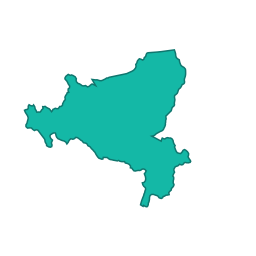 the district of Santa Luzia, Bahia, Brazil, rotated 325°
{"feature_id": "56859067B43041247396885", "entity_name": "Santa Luzia", "entity_type": "district", "adm_level": 2, "iso_a3": "BRA", "parent_name": "Brazil", "parent_adm1": "Bahia", "projection": "equal_earth", "projection_center": [-39.272, -15.469], "detail": "fine", "context": "isolated", "style": "filled", "palette": "teal", "viewbox_px": 256, "rotation_deg": 325, "n_neighbors": 0, "source": "geoboundaries", "source_scale": "gbopen_adm2", "svg_char_len": 4648}
<svg xmlns="http://www.w3.org/2000/svg" viewBox="0 0 256 256"><g transform="rotate(325 128 128)"><path d="M46.2,66.9L45.2,68.4L45.6,70.4L47.7,71.6L48.9,72.6L49.2,74.5L49.9,76.4L51.7,76.7L52.9,78.1L53.0,80.4L53.2,86.5L53.3,88.5L53.2,89.9L52.5,91.1L52.0,92.6L52.0,94.4L51.2,95.8L52.2,98.0L53.4,99.2L54.8,99.5L56.0,98.4L56.4,97.0L57.2,95.8L58.2,95.3L59.2,94.6L58.7,92.2L59.4,89.7L60.8,89.0L62.0,89.2L63.0,89.1L64.7,89.6L65.6,90.5L65.2,91.8L64.6,93.2L64.3,94.6L64.5,96.6L65.4,98.0L66.0,99.1L66.9,100.5L68.2,102.0L69.0,103.9L68.8,106.0L70.8,105.4L72.4,104.5L73.8,104.1L75.0,104.0L76.4,105.6L78.1,106.0L79.8,105.7L80.9,106.7L81.5,108.0L82.1,109.8L82.4,111.1L83.0,112.2L83.1,114.5L84.8,116.3L85.3,117.8L85.0,119.5L86.2,121.7L86.2,124.0L86.6,125.4L86.7,126.9L87.0,129.1L86.7,131.0L86.6,132.6L86.6,134.5L86.9,136.2L87.7,137.2L88.5,138.4L89.6,139.0L90.9,137.9L92.5,139.1L94.1,140.3L94.5,142.1L95.3,143.6L96.4,144.6L97.7,146.1L99.3,147.7L100.5,148.9L101.8,149.2L102.3,150.6L103.4,151.8L104.7,152.8L105.9,153.5L105.7,155.1L107.3,156.9L108.1,158.4L108.3,160.5L107.1,162.0L108.1,163.0L108.1,164.6L108.3,166.5L109.4,167.5L110.8,168.0L112.2,168.7L113.3,169.6L114.4,169.9L115.7,169.8L116.9,170.2L118.0,171.5L118.3,173.5L116.8,174.4L115.1,174.9L114.4,177.8L113.3,179.9L111.9,181.2L110.1,181.8L108.3,181.1L107.6,182.9L107.5,184.9L108.0,186.9L107.3,188.3L105.7,189.4L104.6,190.5L103.2,191.3L102.0,192.4L100.1,193.6L98.8,194.5L97.5,195.4L96.6,196.1L95.4,197.1L94.2,198.1L95.4,200.9L96.5,200.4L97.1,202.1L98.3,203.4L99.5,203.2L100.7,202.3L101.8,201.0L102.7,200.6L103.9,199.5L104.7,198.7L105.8,197.2L107.3,196.0L109.1,195.9L110.7,196.9L111.9,198.6L113.4,200.6L113.5,203.1L114.8,204.8L116.3,205.0L117.5,204.3L118.9,204.8L120.5,204.8L121.7,205.5L123.5,206.2L124.3,204.3L125.7,203.9L127.9,203.6L128.9,202.4L130.3,202.3L131.4,201.9L132.4,201.5L133.3,200.6L133.5,198.9L134.9,197.1L136.2,196.0L137.2,194.5L137.1,193.0L138.2,192.3L139.2,191.6L140.8,190.9L141.3,188.9L142.2,187.9L143.3,187.4L144.3,186.9L145.6,187.1L147.1,187.6L148.1,187.5L149.5,187.3L150.5,188.8L151.8,189.4L153.2,189.1L154.4,188.7L155.4,189.3L156.2,190.2L157.4,191.1L159.2,191.8L160.3,191.2L160.5,189.7L160.4,188.1L160.7,185.9L162.1,184.9L163.0,183.7L163.1,181.4L162.5,179.1L161.8,178.0L160.2,177.9L158.9,178.6L157.9,178.8L156.4,179.1L155.2,177.9L154.1,176.4L154.2,174.1L154.7,172.2L155.2,170.2L156.5,169.5L156.6,167.2L157.0,165.7L157.8,163.9L157.8,161.9L157.1,160.6L156.0,159.9L154.9,158.6L153.6,158.1L151.9,158.1L151.1,157.3L150.3,155.9L148.9,156.7L147.6,157.8L142.8,148.3L144.2,148.9L145.7,149.2L147.7,148.9L149.4,149.0L150.6,149.2L152.2,149.3L153.8,149.7L154.9,149.8L156.2,149.5L157.7,148.6L158.9,148.0L160.5,146.8L161.2,145.7L162.1,144.9L163.2,143.4L164.5,142.4L165.1,141.1L165.9,139.9L167.6,139.7L169.0,139.4L170.3,139.2L171.8,138.9L173.3,138.7L174.7,137.5L175.9,136.6L177.0,136.4L178.0,136.4L179.3,135.8L180.2,134.2L181.5,132.9L182.6,131.8L183.8,129.3L184.9,128.1L186.3,128.1L188.2,127.8L189.4,127.1L190.5,126.2L191.7,125.4L192.9,125.2L193.9,125.2L195.5,124.5L197.3,123.5L198.8,123.8L200.0,123.5L200.8,122.7L201.4,121.4L202.3,120.2L203.4,119.4L204.7,118.4L205.7,117.4L206.7,116.1L208.1,114.0L208.8,112.7L208.6,110.6L207.6,108.3L207.3,107.0L207.7,105.2L208.1,103.7L209.1,101.5L208.2,99.5L208.0,97.9L208.5,96.3L209.6,94.4L210.1,93.0L210.8,90.6L199.0,84.5L195.6,82.6L187.5,77.8L186.1,77.6L184.7,78.5L183.4,79.6L181.8,79.6L180.5,80.7L179.0,80.8L178.1,79.1L177.0,77.8L175.4,78.1L173.9,78.6L172.7,79.7L171.6,80.1L170.7,80.5L170.1,82.0L168.7,83.1L167.5,83.5L166.5,83.8L165.3,83.9L163.9,83.8L158.1,82.7L141.5,75.6L140.4,75.6L139.2,74.8L137.5,74.8L136.4,74.6L134.5,74.3L133.2,73.9L132.0,73.0L131.1,71.8L130.3,70.8L128.9,69.9L127.5,68.6L126.4,67.6L125.8,74.7L124.8,72.8L123.8,71.3L122.0,71.3L120.2,71.6L118.4,71.1L117.6,68.9L116.0,68.2L114.7,67.1L114.2,65.4L113.5,63.9L112.6,62.7L112.3,60.7L112.9,59.0L113.9,58.1L114.1,55.8L113.0,53.3L112.1,52.1L110.8,51.7L109.8,49.8L106.8,50.0L105.3,50.7L104.5,51.6L104.6,53.0L104.8,54.6L104.6,56.3L104.3,57.6L104.3,60.2L103.0,61.6L101.4,61.7L100.2,63.3L99.9,64.8L98.5,64.2L97.2,65.1L95.6,65.6L94.0,66.6L93.1,68.5L92.1,69.0L91.0,69.2L90.0,69.8L88.4,70.6L87.3,71.8L85.7,72.0L84.4,71.2L83.5,71.6L82.0,72.1L80.8,71.4L79.7,70.1L78.4,70.0L77.2,69.7L76.2,70.4L74.7,70.8L74.7,69.0L74.5,67.1L73.7,65.7L73.1,64.5L72.5,62.7L71.3,62.3L70.4,61.6L69.6,63.3L68.5,63.5L67.4,63.7L66.2,64.3L64.9,64.5L63.9,63.6L62.4,62.8L62.8,60.7L62.9,59.1L63.8,57.1L63.9,54.9L62.8,55.3L61.7,54.6L60.9,53.5L60.3,52.2L58.9,52.8L57.6,54.6L56.3,55.1L55.0,54.4L53.4,54.1L52.9,56.3L52.8,58.3L52.7,60.4L52.1,62.4L51.3,63.3L49.7,64.6L48.0,66.1L46.2,66.9Z" fill="#14b8a6" stroke="#0f766e" stroke-width="1.5"/></g></svg>